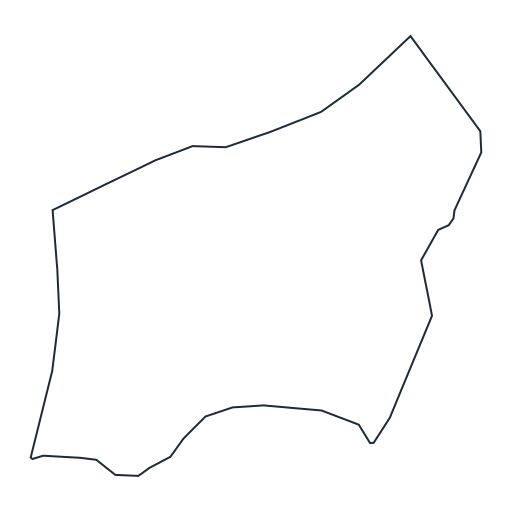 Yarpea Mahn, Nimba, Liberia
{"feature_id": "62588387B64952289701703", "entity_name": "Yarpea Mahn", "entity_type": "district", "adm_level": 2, "iso_a3": "LBR", "parent_name": "Liberia", "parent_adm1": "Nimba", "projection": "mercator", "projection_center": [-8.674, 7.231], "detail": "fine", "context": "isolated", "style": "outline", "palette": "slate", "viewbox_px": 512, "rotation_deg": 0, "n_neighbors": 0, "source": "geoboundaries", "source_scale": "gbopen_adm2", "svg_char_len": 1027}
<svg xmlns="http://www.w3.org/2000/svg" viewBox="0 0 512 512"><path d="M30.7,457.5L32.4,459.0L43.2,455.7L65.8,457.0L69.4,457.2L80.2,457.8L96.3,459.8L115.3,474.9L138.3,475.9L142.0,473.3L149.4,467.9L170.4,456.8L172.7,453.6L183.4,438.7L189.6,432.4L205.5,416.5L232.6,407.4L235.7,407.2L242.4,406.8L263.6,405.4L306.7,409.2L321.7,410.5L327.6,412.8L358.8,424.7L370.1,443.1L373.7,442.8L389.9,417.6L400.6,391.6L432.0,315.8L429.7,303.8L428.7,298.7L423.2,271.1L421.1,260.3L438.2,229.9L442.2,228.1L448.7,225.2L450.8,222.2L453.5,218.4L453.6,217.2L454.5,210.3L468.8,179.4L481.3,152.4L480.6,137.7L480.5,135.3L480.3,131.2L450.5,90.6L423.2,53.5L422.1,51.9L410.5,36.1L404.6,41.6L386.3,59.0L359.1,84.7L355.2,87.5L335.5,101.6L333.8,102.8L321.0,111.9L296.5,121.6L293.7,122.7L269.8,132.1L264.8,133.8L255.1,137.1L225.8,147.2L222.2,147.1L192.6,146.1L155.6,160.2L144.7,165.5L114.4,180.1L105.1,184.6L52.6,210.1L56.8,263.6L57.3,269.1L57.7,278.7L58.9,305.0L59.3,313.5L55.3,346.2L52.2,371.0L30.7,457.5Z" fill="none" stroke="#1e293b" stroke-width="2"/></svg>